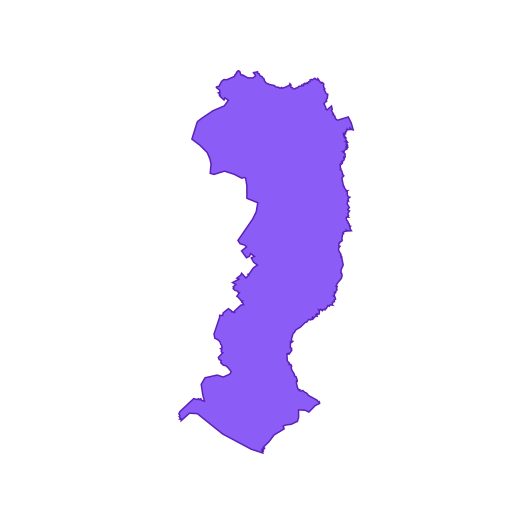 Lanao del Norte, Lanao del Norte, Philippines, rotated 137°
{"feature_id": "2640588B52014741175725", "entity_name": "Lanao del Norte", "entity_type": "district", "adm_level": 2, "iso_a3": "PHL", "parent_name": "Philippines", "parent_adm1": "Lanao del Norte", "projection": "equal_earth", "projection_center": [123.903, 8.014], "detail": "fine", "context": "isolated", "style": "filled", "palette": "violet", "viewbox_px": 512, "rotation_deg": 137, "n_neighbors": 0, "source": "geoboundaries", "source_scale": "gbopen_adm2", "svg_char_len": 6109}
<svg xmlns="http://www.w3.org/2000/svg" viewBox="0 0 512 512"><g transform="rotate(137 256 256)"><path d="M423.0,186.6L411.9,186.4L406.4,180.7L401.8,148.6L391.3,118.0L385.4,107.3L384.4,109.4L384.0,108.2L383.6,108.3L383.7,109.8L383.3,110.5L382.2,110.1L382.1,109.4L380.7,109.6L381.0,111.2L373.1,111.3L364.9,112.8L353.3,110.4L352.1,113.1L349.5,112.1L345.0,108.9L338.5,106.8L334.9,108.9L329.8,114.4L325.2,109.6L323.8,105.8L314.7,106.2L310.0,104.8L309.4,105.7L309.8,105.6L309.7,109.0L312.7,118.1L312.5,121.2L313.3,122.9L313.5,125.7L315.4,126.6L316.1,128.2L315.9,129.2L315.5,129.0L316.1,130.1L313.5,134.9L311.7,136.9L311.2,136.3L310.5,137.1L309.0,140.6L309.7,142.1L308.6,143.3L307.6,148.2L306.2,150.7L305.2,150.9L304.5,152.7L305.1,153.2L304.9,154.2L305.5,154.3L304.7,155.0L304.6,158.0L301.0,162.4L299.9,163.2L299.3,161.8L299.4,162.7L298.8,162.8L298.6,161.7L294.1,162.6L293.8,163.8L292.9,164.2L293.4,165.5L289.5,169.6L289.1,168.5L287.3,168.5L288.0,169.6L286.8,171.0L281.5,174.2L280.4,173.9L277.2,174.8L271.9,173.7L265.8,173.9L263.6,173.1L261.0,173.7L259.6,172.4L260.0,172.1L260.2,171.7L259.5,172.5L258.2,171.2L256.6,171.0L256.4,172.0L256.9,172.4L256.3,172.7L255.6,171.4L252.8,171.2L252.2,169.4L252.6,171.0L252.1,172.9L251.9,171.8L251.1,172.1L251.2,171.4L250.2,171.6L249.8,170.6L249.2,170.6L247.5,172.1L246.8,173.9L246.4,172.8L245.0,172.9L244.8,170.8L243.8,171.2L242.3,169.7L242.0,170.3L240.7,169.6L237.1,170.7L236.7,169.3L235.0,169.7L233.8,168.2L233.9,168.8L232.8,168.6L231.9,169.9L229.7,169.2L228.7,170.5L227.2,170.2L226.2,172.4L226.5,173.7L225.8,173.3L225.4,174.4L224.0,174.7L223.4,176.0L222.7,175.0L221.8,175.8L220.4,175.8L219.4,176.5L219.1,177.6L217.4,178.3L218.1,179.3L215.4,180.5L208.9,181.4L206.3,183.0L205.1,185.0L205.5,185.6L202.8,188.1L198.4,189.9L194.4,196.4L194.8,197.0L193.7,197.2L193.6,198.9L192.9,199.1L191.7,203.9L190.0,205.5L187.9,205.8L188.6,207.1L187.0,208.4L185.8,208.6L185.7,207.7L185.8,208.8L185.1,209.1L183.4,208.3L182.0,208.8L181.5,210.1L178.3,212.5L176.6,212.7L176.7,213.7L174.8,213.7L172.2,212.1L172.1,212.7L171.6,211.5L169.0,209.4L168.7,211.4L167.3,214.0L167.1,214.2L166.7,213.2L166.5,213.3L167.1,214.1L166.0,216.0L166.3,217.0L165.5,217.8L165.4,219.1L164.7,218.9L165.3,219.3L165.2,220.6L164.0,222.5L162.2,222.5L162.4,221.8L161.8,221.3L161.9,222.1L160.8,222.4L160.0,224.4L157.5,225.0L157.4,226.6L157.2,226.4L157.3,226.8L156.5,227.8L154.7,227.7L153.7,232.1L151.3,233.7L151.3,234.7L150.8,233.2L149.7,235.2L147.3,235.0L147.9,236.0L147.9,238.0L145.2,241.0L145.5,241.5L144.6,241.4L145.3,242.0L144.9,245.5L144.0,247.1L144.3,247.6L140.0,254.5L137.1,254.7L137.3,256.4L136.9,256.3L135.1,260.2L135.6,261.7L134.5,261.8L133.9,263.3L132.0,265.4L132.6,265.7L131.4,265.0L131.1,265.3L131.6,265.6L131.0,265.8L130.9,265.1L129.7,264.9L128.6,265.7L129.0,266.1L128.9,266.7L126.6,266.1L125.1,266.8L124.9,268.1L124.6,268.3L124.6,267.4L123.4,267.5L121.2,269.9L121.4,272.6L120.9,271.9L120.1,273.5L120.3,272.3L119.4,273.0L116.5,272.3L116.4,274.6L115.6,272.8L114.7,272.8L114.2,274.0L114.5,273.8L114.7,274.4L113.9,273.9L114.4,274.8L113.9,275.8L113.3,275.1L112.7,277.2L111.7,276.8L112.2,278.2L111.4,277.5L111.1,279.6L109.5,281.3L109.7,282.6L110.5,282.4L109.8,284.0L109.5,283.3L108.2,284.6L108.8,285.1L108.6,285.9L107.8,285.1L108.0,286.2L106.9,284.8L105.6,285.4L105.3,286.5L105.3,285.8L104.5,285.6L103.8,286.4L102.9,285.9L102.6,286.4L102.4,285.4L100.9,284.3L99.9,285.4L99.8,283.2L98.9,281.9L95.6,288.4L93.7,294.8L103.8,299.7L104.2,302.6L103.0,304.3L103.3,306.9L102.5,306.8L101.7,311.0L100.3,311.1L98.5,314.2L104.4,314.4L104.7,315.8L103.9,316.5L102.3,321.2L98.6,321.1L98.5,322.2L96.2,322.8L93.2,325.3L93.9,326.8L92.7,331.2L91.7,331.2L91.4,333.4L89.0,335.8L89.3,338.0L90.1,337.8L90.5,338.9L89.8,343.5L91.1,342.9L91.8,345.9L94.5,346.3L94.8,347.1L96.5,347.9L97.5,346.8L98.5,347.5L100.3,347.0L100.4,347.6L100.8,347.2L101.6,348.2L102.5,348.3L102.6,349.0L103.9,348.7L104.1,349.4L105.4,348.5L106.0,349.8L106.7,349.3L109.3,351.0L110.8,350.6L112.1,351.6L113.5,351.6L114.4,352.4L114.8,354.9L115.4,355.3L115.2,356.3L113.8,357.1L113.7,358.9L115.1,358.1L119.4,359.4L122.5,360.9L122.3,361.8L124.1,362.3L124.4,364.0L126.1,365.8L126.3,368.1L129.1,372.2L130.7,376.0L130.1,378.9L129.3,380.0L129.6,381.7L129.2,382.8L130.1,385.1L129.4,387.3L130.1,388.6L129.2,389.7L132.6,391.6L132.8,392.5L133.2,388.6L133.7,388.0L136.6,388.3L139.3,390.6L140.7,392.4L142.0,396.6L142.8,396.1L142.4,396.8L142.5,397.7L143.5,398.8L142.1,401.8L142.6,402.2L142.2,403.2L142.9,403.7L145.1,403.6L145.5,402.9L147.6,402.9L149.3,402.0L157.0,404.8L159.3,407.0L162.1,407.2L167.2,405.4L169.6,406.6L170.1,406.2L169.5,402.1L170.9,400.4L172.2,400.9L171.7,399.7L172.2,399.6L172.4,398.2L173.1,398.5L173.4,397.0L173.0,391.9L171.0,392.9L170.0,388.8L176.8,387.4L188.4,391.6L201.6,393.7L206.9,394.2L208.3,393.7L223.2,385.2L221.5,375.3L221.1,364.9L223.6,358.2L226.1,354.0L233.1,347.7L231.1,344.3L221.2,339.6L216.3,330.8L213.4,322.7L211.2,321.5L210.5,320.1L214.7,313.7L223.3,304.4L218.4,293.7L225.8,288.1L233.6,285.2L258.6,279.7L259.3,275.8L256.9,271.8L256.7,269.1L263.1,269.6L264.2,261.2L260.9,260.3L258.3,261.5L257.4,256.7L260.8,257.9L262.0,252.8L261.1,248.5L266.1,249.1L273.1,247.6L274.3,248.1L274.2,247.0L278.4,246.9L278.3,253.2L280.3,252.4L285.1,252.9L284.3,250.7L291.3,252.6L290.1,248.9L293.8,249.0L293.9,247.8L295.0,247.6L294.8,245.1L293.4,243.0L293.8,241.5L293.1,240.5L297.5,239.6L297.1,238.0L297.4,232.6L296.8,232.3L297.9,232.0L297.6,230.8L298.3,228.9L300.5,230.4L309.2,230.4L310.1,229.3L310.9,230.1L310.9,231.1L311.7,231.5L311.4,232.8L312.1,236.3L318.7,236.8L320.9,235.2L323.0,237.4L324.6,235.9L339.9,227.6L342.2,224.0L341.0,220.8L340.8,217.9L342.0,215.4L342.0,214.0L343.7,211.9L344.8,212.3L344.5,211.6L345.3,211.2L345.2,210.6L346.4,210.1L346.8,208.8L346.3,207.9L352.7,207.5L353.6,205.4L352.8,203.3L354.6,201.9L354.4,198.5L353.0,196.5L352.6,193.6L353.0,188.3L355.7,187.5L362.5,189.8L365.6,195.4L376.3,201.7L383.6,199.5L389.6,190.8L392.7,185.0L394.3,187.7L393.7,189.2L395.1,189.3L395.4,190.9L396.6,190.9L398.9,194.2L417.8,194.1L419.9,193.3L420.5,191.3L421.7,191.0L421.9,188.8L423.0,188.8L422.0,187.5L423.0,186.6Z" fill="#8b5cf6" stroke="#5b21b6" stroke-width="1.5"/></g></svg>